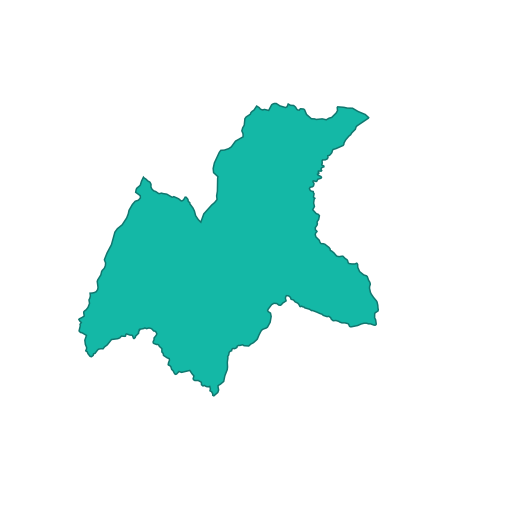 the district of Than To, Yala, Thailand, rotated 306°
{"feature_id": "78962969B74905002065974", "entity_name": "Than To", "entity_type": "district", "adm_level": 2, "iso_a3": "THA", "parent_name": "Thailand", "parent_adm1": "Yala", "projection": "mercator", "projection_center": [101.258, 6.055], "detail": "fine", "context": "isolated", "style": "filled", "palette": "teal", "viewbox_px": 512, "rotation_deg": 306, "n_neighbors": 0, "source": "geoboundaries", "source_scale": "gbopen_adm2", "svg_char_len": 6142}
<svg xmlns="http://www.w3.org/2000/svg" viewBox="0 0 512 512"><g transform="rotate(306 256 256)"><path d="M128.4,143.6L126.3,145.5L124.1,146.4L122.3,146.7L119.8,149.2L115.7,150.3L112.8,150.2L110.8,149.6L109.6,149.5L108.8,150.0L106.5,152.3L104.4,151.6L101.3,150.0L100.5,150.0L99.7,152.1L99.6,153.7L97.3,153.8L96.2,154.9L91.6,156.8L91.2,157.3L91.0,159.0L91.7,160.6L92.1,165.5L87.3,167.0L84.2,169.9L82.5,172.7L81.1,173.6L79.4,173.9L79.1,174.5L79.4,175.6L78.2,177.5L77.3,180.7L77.7,182.0L78.7,182.4L79.9,182.7L81.4,182.1L82.6,183.0L86.8,183.1L88.1,183.4L89.9,185.1L91.0,186.8L93.5,186.9L96.6,187.9L103.5,188.2L107.9,192.8L109.7,193.9L112.1,194.2L113.7,196.8L114.4,197.5L116.2,196.8L116.9,197.1L118.0,200.7L119.0,202.1L118.9,203.0L117.5,205.1L117.5,205.8L119.0,206.2L120.5,205.7L124.4,206.4L124.9,206.3L125.3,205.6L127.7,205.4L127.6,204.9L128.2,204.8L131.4,207.9L132.5,208.3L132.9,210.2L134.9,211.7L135.7,213.8L135.7,215.0L135.2,217.2L135.8,218.4L135.8,219.5L134.8,221.5L133.2,221.9L129.7,221.7L128.7,222.6L126.1,223.2L125.3,223.9L125.2,224.8L126.0,227.7L126.7,228.5L126.8,229.6L126.1,230.9L125.7,234.3L123.0,236.3L122.6,238.2L121.2,239.6L121.4,244.1L122.0,246.1L120.8,247.3L118.4,247.9L116.5,248.8L116.3,249.3L116.7,250.4L116.3,252.3L114.7,254.4L114.4,256.5L112.9,259.4L113.0,260.5L113.8,261.1L117.3,261.6L118.1,264.2L124.5,269.7L122.9,274.2L122.6,276.0L121.9,276.5L119.7,277.3L119.2,278.2L119.3,279.7L121.3,282.5L121.7,285.4L121.5,286.2L119.8,287.6L119.7,289.5L120.9,290.3L121.2,292.6L122.1,294.3L123.3,295.2L121.7,297.2L119.9,298.0L120.1,299.8L119.1,301.9L117.9,302.9L118.1,304.1L123.1,305.3L125.7,304.5L127.7,302.3L128.9,301.5L131.5,302.6L135.5,303.6L140.8,301.2L147.2,299.5L149.5,298.2L153.1,295.3L157.1,293.1L158.0,292.2L159.8,292.1L162.3,290.9L163.7,291.1L165.0,292.0L166.3,291.3L167.7,291.7L168.3,293.0L169.5,293.8L170.8,294.3L172.0,293.8L173.4,294.4L174.1,295.5L176.3,297.3L176.4,299.0L178.9,303.0L181.8,303.6L184.4,304.9L188.1,305.7L189.5,305.9L194.1,304.8L198.1,304.2L199.8,304.3L201.1,304.8L203.7,306.6L205.2,307.1L210.7,306.4L216.0,303.8L218.3,301.3L218.2,298.4L218.9,297.3L220.3,297.1L225.8,297.2L228.3,298.3L229.8,300.8L229.7,303.4L230.6,304.8L231.8,305.2L233.3,305.2L237.4,306.7L239.1,304.6L240.5,304.0L241.8,303.9L242.9,305.6L242.9,307.3L242.6,308.5L241.8,309.4L241.7,310.0L242.5,312.2L241.9,314.5L242.4,317.4L242.1,319.0L241.0,321.2L241.2,321.8L242.3,322.5L242.3,323.6L242.9,324.8L242.7,325.9L244.4,330.6L244.5,333.1L245.2,333.9L246.4,338.4L247.1,341.8L247.7,343.5L247.5,345.3L248.7,349.1L250.0,350.4L250.0,352.5L249.1,354.2L249.0,356.5L250.8,358.6L251.7,361.2L251.8,362.7L252.4,364.8L254.2,367.3L255.3,370.1L255.3,370.9L254.1,373.0L254.2,373.9L255.0,375.0L259.5,379.1L262.9,381.1L265.2,383.0L266.6,384.9L267.2,386.8L268.4,388.5L269.5,392.3L270.3,393.3L271.3,393.4L271.8,393.1L274.7,390.3L275.7,388.3L279.3,385.8L280.3,385.9L283.3,387.0L284.7,386.3L285.3,385.5L287.8,383.4L289.9,381.0L290.4,380.0L291.6,375.3L292.9,371.7L293.8,370.0L296.7,366.7L298.4,365.7L300.1,365.2L301.0,364.4L301.7,363.4L302.6,361.3L304.7,358.2L304.9,357.1L304.0,354.2L304.3,349.0L306.6,345.0L308.9,343.2L309.4,342.1L309.3,341.6L307.8,340.8L306.0,338.4L304.6,335.8L304.7,334.6L306.1,332.8L306.5,331.7L306.4,329.6L306.9,326.5L306.5,325.8L304.3,323.6L303.3,321.3L304.3,317.3L304.5,314.3L304.2,312.9L305.3,311.7L305.8,310.1L306.0,304.8L305.4,303.0L304.3,301.5L304.3,300.8L304.9,299.3L305.9,298.0L306.7,293.1L308.3,291.2L310.1,290.7L311.6,291.0L311.9,290.5L312.1,288.7L313.7,287.3L317.0,287.2L318.2,286.7L318.5,286.1L319.8,285.3L322.4,285.2L325.9,283.6L326.3,281.9L325.7,279.8L326.8,274.7L330.4,274.2L332.7,271.5L336.0,269.7L337.3,269.7L337.2,268.2L338.1,267.5L340.5,266.4L340.9,265.3L341.8,264.4L341.1,262.8L340.9,262.0L341.2,260.7L341.9,259.6L343.4,259.4L345.2,261.0L346.5,261.3L348.5,260.5L349.0,259.8L349.4,258.6L350.2,258.1L350.8,258.6L351.4,260.5L352.0,261.2L354.5,260.9L357.0,262.8L357.6,262.9L358.2,262.7L358.5,261.7L357.9,258.9L358.1,257.9L358.4,257.6L359.6,258.3L360.1,258.2L360.4,257.0L361.4,256.6L363.0,258.9L363.8,258.9L364.1,257.9L365.3,257.3L366.1,257.3L368.1,258.5L368.7,257.9L368.3,255.8L368.5,255.5L370.1,255.0L371.8,253.5L372.8,253.4L374.6,255.6L376.6,256.6L378.0,256.3L379.3,255.1L380.5,256.2L381.8,256.5L384.2,256.6L386.3,255.8L387.6,255.8L389.9,257.6L396.6,261.5L397.7,261.5L399.4,260.7L402.8,260.3L407.7,260.7L409.7,261.3L411.9,261.1L416.9,261.9L419.1,261.1L420.6,261.2L433.5,265.9L434.2,265.8L434.7,261.2L432.9,253.6L432.3,247.2L429.4,243.1L428.0,239.8L424.7,234.4L423.9,234.4L421.5,236.5L418.8,236.8L412.6,235.8L410.5,234.1L407.5,232.8L405.9,229.0L401.8,224.4L401.4,222.9L399.6,220.1L400.2,213.7L402.8,209.4L402.9,208.7L402.8,208.0L401.4,205.6L401.0,205.3L399.4,205.3L398.7,204.0L398.6,203.0L399.7,200.5L399.9,198.0L398.2,195.3L397.9,192.7L395.1,193.4L393.5,192.7L391.5,187.1L391.3,182.8L390.1,181.1L388.5,180.1L387.4,179.8L381.2,180.7L379.5,176.6L378.1,175.6L377.4,173.4L377.9,171.3L377.7,168.4L372.8,168.6L370.9,167.9L369.0,167.6L367.4,168.1L362.7,166.3L360.6,166.3L354.9,169.6L351.8,169.9L348.9,171.0L347.5,173.4L346.5,174.3L344.8,175.5L336.9,171.9L329.8,171.9L326.8,170.8L323.0,168.1L320.8,165.4L318.2,165.4L306.9,167.6L301.6,169.9L298.5,172.7L297.8,178.6L296.3,179.3L285.7,186.7L281.5,188.8L278.8,191.3L274.9,191.1L271.2,190.2L259.4,189.0L250.9,191.5L251.5,187.9L253.1,183.5L256.2,179.7L257.8,176.7L259.3,171.9L260.2,171.1L260.4,169.1L261.8,167.6L262.5,165.0L262.0,164.1L258.7,164.4L256.9,163.6L256.6,163.0L256.8,159.9L256.5,158.2L255.7,154.6L254.6,154.0L254.2,153.4L253.6,147.5L251.7,143.8L251.4,142.7L249.5,141.0L249.3,140.3L249.2,136.9L248.6,135.0L248.9,132.6L250.0,130.5L252.3,128.9L253.2,127.2L253.4,126.5L253.1,124.4L253.5,122.1L253.4,119.3L253.6,118.6L249.2,119.4L245.1,120.8L240.6,119.7L239.1,120.1L236.8,121.2L236.8,126.9L234.9,128.4L231.9,128.0L229.3,126.1L225.1,125.7L218.4,126.4L215.0,127.9L210.8,129.0L202.6,129.4L196.6,127.8L192.4,127.8L180.2,132.4L171.0,133.7L165.1,135.2L163.8,135.6L162.0,138.4L159.5,139.9L156.7,140.5L154.1,140.1L152.8,140.2L149.5,141.6L143.7,142.0L142.1,142.5L137.7,146.7L135.8,147.6L133.2,147.7L131.4,146.7L129.8,145.3L128.4,143.6Z" fill="#14b8a6" stroke="#0f766e" stroke-width="1.5"/></g></svg>